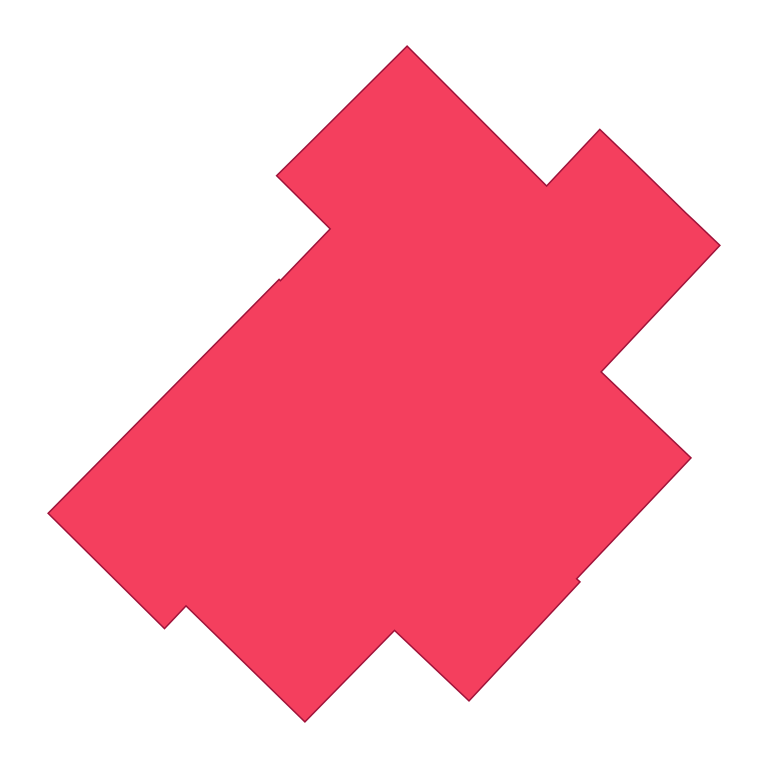 General Viamonte, Buenos Aires, Argentina
{"feature_id": "61730980B83170090610127", "entity_name": "General Viamonte", "entity_type": "district", "adm_level": 2, "iso_a3": "ARG", "parent_name": "Argentina", "parent_adm1": "Buenos Aires", "projection": "albers", "projection_center": [-60.986, -34.978], "detail": "fine", "context": "isolated", "style": "filled", "palette": "rose", "viewbox_px": 768, "rotation_deg": 0, "n_neighbors": 0, "source": "geoboundaries", "source_scale": "gbopen_adm2", "svg_char_len": 430}
<svg xmlns="http://www.w3.org/2000/svg" viewBox="0 0 768 768"><path d="M580.0,581.9L576.6,578.8L691.0,457.9L639.8,409.0L601.1,371.9L695.3,271.6L719.9,245.4L695.2,221.8L685.5,212.7L632.3,160.6L599.8,129.4L546.6,186.0L407.1,46.1L306.4,146.3L276.6,175.7L330.2,228.9L280.4,280.7L279.1,279.4L48.1,513.3L164.5,628.6L186.0,605.9L304.9,721.9L394.5,630.4L469.0,700.9L580.0,581.9Z" fill="#f43f5e" stroke="#9f1239" stroke-width="1.5"/></svg>